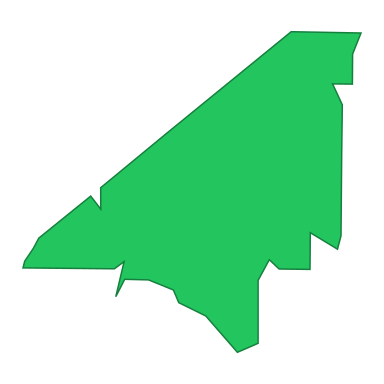 Peach, Georgia, United States of America (Robinson projection)
{"feature_id": "52423323B59548723036137", "entity_name": "Peach", "entity_type": "district", "adm_level": 2, "iso_a3": "USA", "parent_name": "United States of America", "parent_adm1": "Georgia", "projection": "robinson", "projection_center": [-83.838, 32.566], "detail": "fine", "context": "isolated", "style": "filled", "palette": "green", "viewbox_px": 384, "rotation_deg": 0, "n_neighbors": 0, "source": "geoboundaries", "source_scale": "gbopen_adm2", "svg_char_len": 517}
<svg xmlns="http://www.w3.org/2000/svg" viewBox="0 0 384 384"><path d="M361.0,33.0L291.2,31.7L167.5,132.6L100.7,187.7L100.8,209.2L90.7,196.1L38.8,238.1L33.3,248.4L24.7,261.2L23.0,267.9L114.4,268.8L124.1,261.6L115.8,296.7L124.7,279.3L148.5,279.9L173.4,290.0L178.8,302.7L205.8,316.0L237.4,352.3L258.1,343.3L258.1,280.4L269.3,259.7L279.1,269.0L310.0,269.4L310.3,232.7L337.5,249.2L341.0,235.8L341.7,154.5L342.3,104.8L332.6,83.9L352.4,84.1L352.6,54.1L361.0,33.0Z" fill="#22c55e" stroke="#15803d" stroke-width="1.5"/></svg>